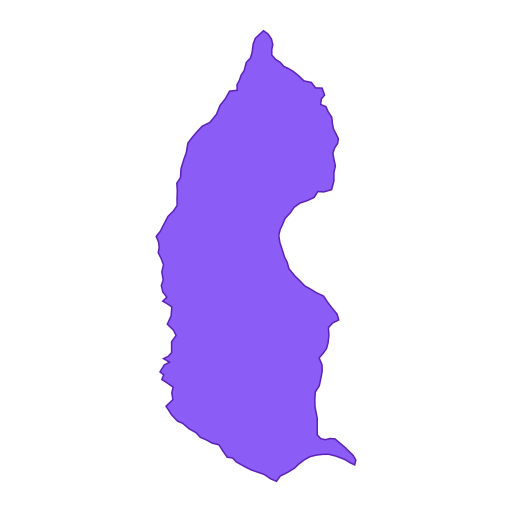 Claraval, Minas Gerais, Brazil (Albers equal-area conic projection)
{"feature_id": "56859067B71136395250653", "entity_name": "Claraval", "entity_type": "district", "adm_level": 2, "iso_a3": "BRA", "parent_name": "Brazil", "parent_adm1": "Minas Gerais", "projection": "albers", "projection_center": [-47.233, -20.359], "detail": "fine", "context": "isolated", "style": "filled", "palette": "violet", "viewbox_px": 512, "rotation_deg": 0, "n_neighbors": 0, "source": "geoboundaries", "source_scale": "gbopen_adm2", "svg_char_len": 2286}
<svg xmlns="http://www.w3.org/2000/svg" viewBox="0 0 512 512"><path d="M276.5,481.3L280.3,476.0L287.4,472.5L294.6,468.1L298.6,464.2L304.9,459.4L310.2,456.6L316.4,455.1L322.3,454.4L328.3,454.2L335.9,456.1L344.4,459.3L350.2,462.8L354.7,464.9L355.8,460.1L353.1,455.3L349.1,451.5L345.4,447.8L340.4,443.5L335.0,438.9L330.3,438.5L325.3,439.7L320.8,438.7L317.3,434.9L317.2,427.2L317.3,418.8L316.2,413.0L315.0,406.8L314.8,399.8L315.3,392.0L319.3,385.8L321.2,376.5L322.2,371.2L322.0,364.7L319.1,357.9L323.0,353.5L326.5,348.6L328.1,342.7L328.9,335.3L328.4,327.7L332.6,323.0L338.7,319.9L337.1,314.1L332.3,308.4L327.3,301.8L323.6,296.1L316.3,292.7L310.5,289.1L304.7,285.9L300.2,281.1L294.9,276.0L288.9,268.7L287.2,262.3L284.6,257.3L282.3,249.9L279.8,242.4L278.8,235.4L280.1,229.6L282.3,225.0L285.1,218.4L290.4,212.7L294.1,207.3L299.9,203.1L307.3,200.6L314.2,197.4L317.8,191.6L323.8,191.9L331.6,189.7L333.9,181.0L333.9,172.8L335.4,165.9L333.9,159.1L332.9,153.2L334.7,147.8L337.6,143.5L338.4,138.7L335.9,133.7L333.4,128.8L332.5,123.8L331.7,117.1L328.3,112.0L325.9,106.6L320.6,104.5L321.4,98.8L324.6,95.1L322.1,88.1L315.6,87.9L311.3,82.4L304.0,80.9L299.0,76.1L293.4,71.5L288.7,68.7L283.7,66.3L280.3,62.4L275.6,59.4L271.8,55.1L271.8,49.5L272.8,44.7L271.5,39.1L268.0,34.0L263.5,30.7L255.4,38.2L253.2,43.8L252.1,52.4L250.4,58.1L246.3,62.4L244.2,70.6L241.1,75.2L239.4,80.3L237.0,84.8L237.1,90.3L229.6,91.1L225.1,99.1L220.0,105.5L216.5,114.3L209.9,122.4L202.2,126.2L196.6,132.2L192.7,136.8L187.9,143.0L186.3,152.6L183.8,159.6L181.0,168.8L180.5,177.6L176.8,183.2L177.3,191.1L177.0,198.5L177.1,205.5L173.5,210.9L168.0,216.4L163.5,225.0L160.3,231.3L156.2,236.3L158.5,241.9L159.2,247.4L158.2,252.7L161.2,258.6L163.5,264.7L161.8,272.0L163.2,280.0L161.3,285.7L162.9,292.1L166.8,297.2L162.7,301.2L167.0,303.6L171.8,306.9L171.1,316.0L167.3,324.2L173.5,330.2L176.1,335.5L171.6,341.7L171.6,352.6L168.2,356.4L163.5,358.6L169.5,362.2L164.3,364.9L160.0,371.9L163.7,374.9L161.8,379.5L167.1,382.9L173.1,387.2L171.8,392.8L172.9,399.6L166.0,406.2L171.8,415.1L177.6,421.2L182.8,423.4L189.1,428.8L196.2,432.8L200.3,437.3L205.9,439.7L212.3,443.2L218.9,444.8L223.6,452.0L227.1,457.2L232.6,458.0L236.4,462.0L245.5,467.1L251.4,470.0L264.1,474.4L270.8,478.9L276.5,481.3Z" fill="#8b5cf6" stroke="#5b21b6" stroke-width="1.5"/></svg>